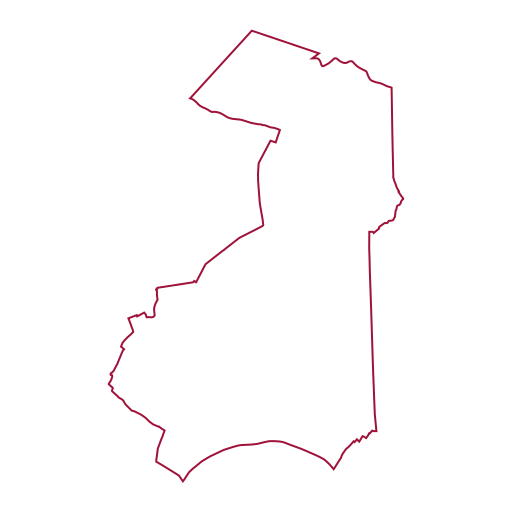 Kapelle, Zeeland, Netherlands (Albers equal-area conic projection)
{"feature_id": "6326949B3037358920764", "entity_name": "Kapelle", "entity_type": "district", "adm_level": 2, "iso_a3": "NLD", "parent_name": "Netherlands", "parent_adm1": "Zeeland", "projection": "albers", "projection_center": [3.961, 51.499], "detail": "fine", "context": "isolated", "style": "outline", "palette": "rose", "viewbox_px": 512, "rotation_deg": 0, "n_neighbors": 0, "source": "geoboundaries", "source_scale": "gbopen_adm2", "svg_char_len": 5901}
<svg xmlns="http://www.w3.org/2000/svg" viewBox="0 0 512 512"><path d="M182.9,481.3L184.5,479.2L186.4,476.2L189.0,472.3L190.9,470.5L193.1,468.4L195.9,466.2L201.2,461.8L203.5,460.3L207.0,458.2L210.3,456.3L221.2,451.1L224.1,449.8L226.9,448.9L233.5,446.8L238.0,445.6L240.1,445.2L242.3,445.0L250.7,444.6L254.0,444.3L257.3,443.9L259.6,443.3L263.8,442.3L267.9,441.4L269.9,441.1L274.0,441.1L279.7,441.5L282.1,441.9L284.6,442.6L290.5,444.9L300.9,448.7L306.6,451.1L317.2,455.8L320.3,457.3L323.4,459.0L325.2,460.3L327.4,462.3L329.5,464.3L333.7,469.2L337.7,462.9L340.2,459.0L340.6,458.5L340.8,458.2L341.0,457.9L341.1,457.5L341.2,457.2L341.4,456.4L341.9,455.5L342.0,455.0L343.2,453.0L346.0,449.1L346.6,448.5L348.3,447.2L350.8,444.6L353.6,441.3L354.6,442.1L356.9,439.3L359.2,441.6L361.0,438.9L361.6,437.6L362.6,436.2L363.9,436.6L366.1,438.1L366.9,437.1L368.0,435.5L369.2,433.3L369.6,433.6L372.1,430.7L372.5,430.7L372.9,431.1L376.4,431.1L374.8,414.3L374.1,396.8L373.2,373.1L372.8,361.9L371.2,310.9L369.8,270.6L369.5,257.3L369.2,248.8L369.3,231.8L372.9,231.8L373.7,233.0L379.1,228.5L379.0,227.3L379.6,226.7L381.7,225.1L384.7,223.0L384.9,222.9L385.5,223.0L386.4,223.1L386.9,223.1L387.2,223.0L387.5,222.8L388.6,221.2L388.7,220.9L390.9,220.7L391.9,220.5L392.5,220.4L393.1,220.0L393.3,219.7L393.8,218.9L393.9,218.5L394.0,218.3L394.6,217.4L394.8,217.0L394.9,216.7L395.0,216.3L395.1,215.3L395.4,212.6L395.5,211.5L395.6,211.2L395.6,210.9L396.4,209.2L396.6,208.4L396.7,208.0L396.7,207.3L396.8,207.1L396.9,206.7L397.4,205.6L397.5,205.5L398.2,205.3L399.2,205.0L399.5,204.8L399.8,204.5L400.5,203.5L400.6,203.2L400.9,202.0L401.1,201.5L401.5,200.8L401.9,200.2L403.1,199.2L403.2,198.8L403.2,198.7L402.9,198.1L402.5,197.5L401.3,196.0L400.9,195.4L399.9,194.0L399.6,193.6L399.5,193.2L398.8,192.3L398.6,192.1L398.5,191.9L398.9,191.6L399.0,191.4L397.3,188.6L396.8,187.7L396.5,186.7L394.9,182.2L394.7,181.8L394.5,181.6L394.1,180.2L393.5,178.0L393.3,177.5L393.2,177.4L393.3,176.4L392.4,136.8L391.6,87.7L391.2,87.5L389.8,87.0L389.0,86.8L388.2,86.6L386.8,86.1L385.8,85.7L383.6,84.6L382.0,83.8L380.1,83.2L377.9,82.7L376.6,82.4L375.5,82.1L374.4,81.7L372.2,80.9L371.2,80.3L370.7,79.9L370.3,79.6L369.6,78.7L368.8,77.2L367.9,75.4L367.1,73.0L366.6,72.0L366.2,71.3L359.4,67.8L358.4,67.1L357.4,66.4L356.9,66.1L356.1,65.3L354.9,64.2L353.3,62.4L352.5,61.7L352.3,61.5L351.2,61.2L350.9,61.2L349.1,61.5L347.4,62.5L346.8,62.6L346.3,62.9L345.1,63.0L344.4,62.9L344.0,62.9L342.9,62.6L341.6,62.1L340.5,61.5L339.5,60.8L338.5,60.1L337.7,59.3L337.1,58.8L336.7,58.6L336.3,58.5L335.2,58.2L334.6,58.4L334.2,58.6L333.4,59.2L332.5,60.1L331.7,60.9L328.8,63.2L327.8,63.8L325.7,65.0L324.5,65.6L323.5,66.0L322.7,66.2L322.4,66.2L321.6,65.3L321.0,63.9L320.8,63.0L320.4,61.9L319.9,60.8L319.7,60.5L319.2,59.8L318.4,58.9L317.5,58.5L317.2,58.4L316.4,58.3L313.2,58.4L312.2,58.4L319.0,53.4L251.8,30.7L190.1,98.4L191.9,98.9L193.6,99.9L195.2,101.2L196.8,102.6L198.3,104.3L199.9,105.7L201.6,106.7L203.3,107.6L205.1,108.3L206.9,109.2L208.6,110.2L210.3,111.3L212.1,112.0L214.2,111.8L216.2,112.0L218.0,112.4L219.9,112.9L221.7,113.8L225.1,115.8L226.8,116.9L228.5,117.7L230.4,118.3L232.3,118.8L236.2,119.2L238.1,119.4L240.1,119.6L242.0,120.0L251.2,122.9L253.1,123.3L257.0,124.0L258.9,124.3L260.9,124.4L262.7,125.1L264.7,125.2L266.5,125.8L268.3,126.5L270.1,127.2L272.0,127.6L274.0,127.8L275.8,128.4L277.7,129.0L279.9,130.0L275.7,142.4L270.5,140.7L265.8,149.7L264.8,151.5L260.0,160.6L258.8,162.9L258.6,163.8L258.0,174.0L258.0,175.2L258.1,178.8L258.1,180.7L258.4,184.2L258.5,186.7L259.0,192.7L259.2,195.9L259.5,199.2L259.6,201.1L259.8,202.3L259.9,204.0L261.1,210.9L262.7,220.0L263.2,224.8L263.1,225.4L262.8,225.7L261.8,226.4L249.7,232.6L241.4,236.8L239.0,238.1L231.1,244.3L226.3,248.0L223.9,250.0L222.0,251.3L205.9,263.9L205.5,264.3L205.4,264.5L204.8,265.5L201.1,272.7L196.7,281.1L196.3,281.9L196.1,282.2L196.0,282.3L195.6,281.9L195.3,281.6L195.0,281.4L194.2,281.0L194.1,281.3L193.9,281.6L193.4,282.1L193.0,282.3L192.4,282.4L157.4,287.8L157.2,288.0L157.1,289.2L156.1,289.4L156.1,289.8L156.3,290.1L157.0,291.4L156.9,293.6L157.0,295.5L157.2,297.4L157.5,299.3L157.6,299.7L155.7,303.1L155.2,304.4L154.7,306.0L154.2,307.7L154.1,308.9L154.1,309.9L154.1,310.4L154.4,312.5L154.6,314.8L154.6,315.6L154.5,315.8L154.0,316.4L153.4,316.8L152.6,317.1L152.4,317.2L151.8,317.3L151.2,317.3L149.5,317.1L149.1,317.1L146.7,317.3L146.2,316.0L146.1,315.5L145.8,314.6L144.2,312.6L137.2,316.4L136.8,315.1L128.4,318.3L130.1,322.7L130.7,324.3L131.1,325.3L131.6,327.0L131.9,327.8L132.3,328.5L132.4,328.9L132.7,329.8L133.0,330.9L133.1,331.3L133.0,331.9L133.1,332.1L132.9,332.3L130.8,334.4L127.7,337.1L124.2,340.7L122.6,342.8L121.0,346.6L123.0,348.3L124.1,349.2L122.9,350.7L122.5,351.3L120.1,357.1L117.7,362.9L117.5,363.7L117.4,364.0L116.9,364.6L115.3,367.6L114.2,369.8L114.0,370.4L113.8,370.6L113.2,371.3L112.4,372.2L111.8,372.7L111.2,373.0L110.9,373.2L110.7,373.5L110.6,374.2L110.6,374.5L110.7,374.9L110.9,375.0L111.0,375.0L111.9,375.2L112.0,375.2L112.1,375.3L112.1,375.5L112.2,376.0L112.2,376.7L112.1,377.1L111.4,379.3L110.9,380.3L110.3,381.5L108.8,383.8L108.8,384.0L108.8,384.3L112.6,387.7L112.8,388.1L112.8,388.5L112.5,389.2L111.9,390.5L112.0,390.9L112.5,391.6L116.6,395.3L117.0,395.6L117.3,395.8L117.8,396.4L118.1,396.9L118.3,397.2L119.2,397.8L120.3,398.4L122.1,399.5L122.6,399.9L122.8,400.1L123.0,400.3L123.5,400.9L125.2,404.0L125.7,404.5L126.8,405.7L131.7,410.6L133.1,411.0L134.0,411.2L134.8,411.5L140.2,414.2L141.1,414.7L143.5,416.3L145.5,417.8L145.7,418.0L149.7,421.9L150.0,422.1L150.4,422.3L151.4,423.1L152.9,424.2L153.8,424.7L158.4,426.6L159.0,426.9L159.2,426.7L159.4,426.9L159.4,427.0L160.5,427.7L161.7,428.7L163.5,429.8L164.6,430.5L162.6,436.0L162.5,436.5L162.3,437.1L162.0,437.6L161.9,437.8L160.7,440.7L160.4,441.7L157.8,448.6L156.7,457.2L156.3,459.7L156.3,461.8L157.2,462.2L163.6,466.0L176.8,474.2L177.8,474.9L178.7,475.4L178.9,475.5L182.9,481.3Z" fill="none" stroke="#9f1239" stroke-width="2"/></svg>